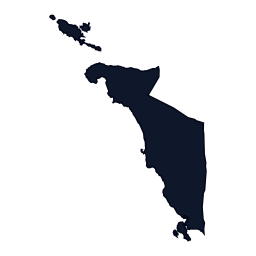 Occidental Mindoro, Mindoro Occidental, Philippines
{"feature_id": "2640588B90196487973168", "entity_name": "Occidental Mindoro", "entity_type": "district", "adm_level": 2, "iso_a3": "PHL", "parent_name": "Philippines", "parent_adm1": "Mindoro Occidental", "projection": "orthographic", "projection_center": [120.638, 13.026], "detail": "fine", "context": "isolated", "style": "filled", "palette": "ink", "viewbox_px": 256, "rotation_deg": 0, "n_neighbors": 0, "source": "geoboundaries", "source_scale": "gbopen_adm2", "svg_char_len": 5671}
<svg xmlns="http://www.w3.org/2000/svg" viewBox="0 0 256 256"><path d="M158.4,66.8L157.3,67.3L155.9,68.5L154.8,68.9L153.1,68.6L146.7,70.9L144.4,71.0L143.2,71.5L142.0,71.4L142.0,71.2L141.3,71.5L137.6,69.4L133.3,68.7L131.9,68.0L129.7,67.9L128.9,68.4L127.7,68.5L124.8,68.5L124.0,67.6L122.2,67.4L121.0,66.7L118.6,66.3L117.8,65.9L116.7,66.4L114.4,66.3L113.8,66.6L110.9,65.7L107.5,66.4L106.7,65.7L105.9,65.8L105.1,65.5L104.2,64.4L100.6,63.6L99.3,62.9L98.9,63.5L96.0,64.0L90.9,66.3L90.4,67.3L88.6,68.1L87.5,69.8L86.7,69.9L86.9,70.9L86.4,72.8L85.0,74.0L86.3,75.8L86.4,77.2L87.1,77.4L89.1,80.5L90.8,82.2L91.9,82.3L92.8,81.9L95.4,83.1L96.1,83.1L97.0,81.7L96.3,79.3L96.6,78.5L99.5,77.9L100.8,76.7L102.3,76.3L105.3,77.8L107.0,80.2L106.8,81.2L106.2,81.9L106.0,83.1L108.6,90.3L108.8,92.0L107.8,93.1L108.9,95.2L109.6,95.5L110.7,97.2L111.7,97.1L112.3,96.6L113.3,97.2L114.0,99.4L113.4,101.4L113.5,102.2L113.1,102.6L113.4,102.7L114.1,102.1L115.6,101.7L117.8,102.3L119.2,101.9L119.3,103.1L120.2,102.8L121.2,103.0L121.2,102.7L122.0,103.0L124.1,105.9L127.0,106.1L127.2,106.5L128.8,106.7L129.6,107.2L130.0,108.2L129.8,108.7L131.3,110.2L131.6,111.2L132.5,111.9L133.2,113.2L133.3,114.2L135.5,117.1L138.3,122.8L138.6,123.1L139.3,122.9L139.7,123.2L139.4,123.4L143.6,132.9L144.4,138.7L144.9,138.7L144.7,139.5L144.5,139.3L144.6,139.7L145.1,139.6L146.0,140.4L145.8,140.7L145.4,140.1L144.7,139.9L145.4,141.8L145.5,144.3L145.6,144.1L145.9,144.2L145.6,144.7L145.9,145.3L145.7,148.7L144.5,151.5L143.7,152.2L144.0,152.1L143.0,152.2L143.6,152.9L143.6,153.5L144.2,153.2L144.4,152.6L144.9,152.7L146.0,154.4L146.5,158.5L146.1,159.1L146.1,159.7L146.4,161.6L147.0,162.5L146.6,165.7L147.6,167.2L148.5,167.6L150.3,167.5L152.4,166.6L155.0,168.0L155.7,169.1L156.2,171.6L156.8,172.4L158.0,173.0L159.3,175.3L160.8,175.7L162.1,178.0L163.0,180.6L163.4,180.5L164.1,181.2L165.5,185.9L165.1,188.1L163.6,189.5L163.1,191.1L163.2,192.9L163.8,194.2L163.8,195.6L166.6,198.3L168.1,201.5L169.7,203.7L170.2,205.3L171.9,206.6L173.3,206.8L174.1,207.4L177.1,212.6L178.2,213.8L181.0,215.3L181.7,216.6L183.9,218.2L184.7,218.2L183.5,217.2L183.7,216.9L184.0,217.2L184.3,216.9L183.9,215.8L184.2,215.6L184.5,215.7L184.7,216.3L184.9,216.2L184.8,216.6L185.4,216.4L185.0,217.4L185.4,217.1L186.6,218.7L186.6,218.3L187.3,217.8L187.3,217.3L187.7,217.3L187.5,216.9L187.9,217.0L187.6,216.7L188.1,216.9L188.3,217.8L188.1,219.2L186.9,220.5L187.2,221.1L187.6,221.0L187.5,221.7L186.8,221.9L187.3,221.4L186.9,220.9L186.5,220.9L184.9,223.3L185.4,225.1L185.2,225.6L185.6,225.7L186.3,224.9L187.6,225.9L187.2,227.7L187.5,228.7L187.0,229.1L188.0,228.9L189.4,229.4L190.0,229.0L192.2,228.8L192.4,228.5L192.6,228.9L197.3,228.9L199.5,229.5L201.0,231.1L202.1,231.2L204.0,233.6L203.6,229.1L204.4,222.8L203.0,219.2L202.1,207.3L203.3,193.0L204.6,190.1L206.0,170.8L205.4,166.5L205.7,162.8L204.2,153.8L203.7,134.2L203.2,130.1L203.4,123.0L196.4,120.9L194.4,119.4L188.0,117.8L173.5,108.1L148.0,95.3L158.8,77.0L159.0,69.8L158.4,66.8ZM59.0,19.8L57.2,22.0L57.7,22.8L59.4,23.6L59.0,26.8L59.2,27.8L59.8,28.5L59.7,29.5L60.2,30.1L61.6,30.5L61.8,31.0L62.9,31.5L62.8,32.1L63.5,32.3L63.9,33.2L64.2,32.7L65.1,32.7L65.8,33.2L66.8,33.4L67.3,35.2L68.7,35.6L69.5,36.4L71.0,35.8L73.2,36.7L73.2,37.0L74.3,38.2L74.6,39.4L75.1,39.3L75.4,39.9L75.6,39.5L76.9,39.6L79.4,40.8L79.7,41.3L79.4,41.6L79.7,42.3L80.1,42.4L80.7,43.9L80.5,44.3L81.1,44.8L81.5,44.9L82.0,44.3L82.6,42.8L84.1,43.3L84.6,43.0L83.7,41.8L83.6,40.9L84.4,40.3L83.7,39.7L82.7,40.0L82.2,40.5L81.6,40.5L79.0,38.6L79.0,37.7L79.3,37.5L79.0,37.4L80.0,36.6L81.2,36.4L83.7,36.6L82.3,35.6L82.3,34.9L82.7,34.3L82.5,33.9L81.9,34.7L81.2,34.4L80.6,32.6L80.7,31.1L79.8,30.5L79.5,29.2L78.0,29.5L77.2,29.2L77.7,28.0L77.1,26.9L75.8,26.0L75.6,25.5L74.1,25.3L73.8,25.7L74.0,26.6L73.4,27.0L72.8,26.5L72.9,25.9L72.1,25.0L68.7,24.7L68.1,24.2L66.9,22.4L65.0,21.0L61.7,20.0L59.0,19.8ZM182.6,222.1L179.9,222.4L178.6,223.1L178.4,224.2L177.4,226.1L177.6,227.1L177.3,227.5L177.4,228.9L178.5,229.5L177.8,230.3L178.0,231.5L180.0,232.0L180.3,232.5L181.9,232.7L182.7,233.2L183.4,233.8L184.4,236.0L184.2,238.1L184.8,238.3L185.1,238.1L185.8,238.7L186.5,238.2L186.7,239.1L187.9,240.1L188.0,240.6L188.5,240.6L189.1,240.1L190.3,239.9L190.4,239.1L188.7,236.7L187.8,234.8L187.4,234.6L187.3,234.8L187.2,234.9L186.8,234.3L186.4,234.7L186.0,234.5L186.4,233.3L186.1,232.0L186.6,231.5L186.1,230.0L186.4,229.9L185.3,228.4L185.2,227.6L184.4,227.1L184.6,226.5L184.1,224.7L183.7,224.6L184.0,224.4L182.6,222.1ZM85.9,24.1L83.5,23.5L83.3,24.0L83.8,24.9L83.2,26.3L82.3,26.5L81.9,26.2L81.5,26.7L80.3,26.4L80.4,27.3L80.7,27.6L81.3,27.2L82.0,27.4L82.0,28.9L82.4,29.8L84.8,30.9L85.8,30.9L86.7,31.6L86.7,31.0L87.1,30.5L89.5,29.7L89.0,29.1L89.6,28.5L89.2,28.0L89.8,27.3L88.6,27.2L88.3,26.3L88.6,25.6L88.1,25.7L87.7,25.5L87.8,24.9L86.3,25.2L85.9,24.1ZM85.8,43.4L85.8,43.6L86.8,44.2L87.3,44.9L88.9,46.0L90.3,45.8L92.6,47.6L93.6,47.6L95.4,48.5L95.8,48.8L95.7,49.5L96.1,49.5L97.5,49.8L99.1,50.6L100.6,50.6L100.6,48.7L99.2,47.0L97.8,46.8L95.6,47.2L94.8,46.6L94.3,45.5L93.8,45.6L92.8,45.2L92.2,45.5L90.9,44.9L90.2,44.3L88.5,44.3L85.8,43.4ZM52.6,15.4L50.8,15.6L50.0,16.5L50.0,17.0L50.4,17.6L51.9,18.3L52.9,19.4L53.7,19.5L54.9,18.8L55.0,18.3L54.5,17.2L53.6,16.4L53.5,15.7L52.6,15.4ZM174.9,230.2L174.1,230.6L173.4,232.4L174.1,234.5L174.8,233.9L175.7,233.8L175.8,234.5L174.5,234.7L174.8,235.2L175.4,235.1L175.9,236.0L176.8,236.6L176.4,235.7L175.7,235.2L176.3,234.0L176.9,234.7L177.6,234.9L178.0,234.6L178.0,234.1L177.3,233.1L176.7,233.2L176.0,230.9L174.9,230.2ZM141.4,149.5L141.3,150.2L142.3,149.8L142.2,149.7L141.4,149.5ZM142.0,151.5L141.6,151.8L142.2,152.4L142.6,152.3L142.0,151.5ZM89.0,23.0L88.8,23.2L88.8,24.1L89.3,23.4L89.0,23.0Z" fill="#0f172a" stroke="#020617" stroke-width="1.5"/></svg>